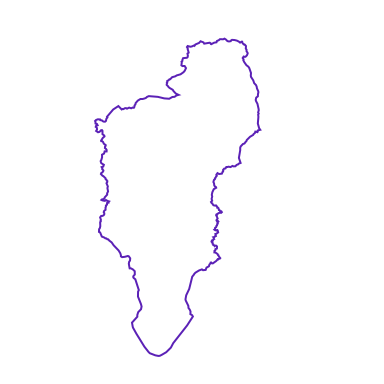 outline of Puerto Inca, Huánuco, Peru, rotated 154°
{"feature_id": "86281439B96842651539960", "entity_name": "Puerto Inca", "entity_type": "district", "adm_level": 2, "iso_a3": "PER", "parent_name": "Peru", "parent_adm1": "Huánuco", "projection": "albers", "projection_center": [-75.158, -9.27], "detail": "fine", "context": "isolated", "style": "outline", "palette": "violet", "viewbox_px": 384, "rotation_deg": 154, "n_neighbors": 0, "source": "geoboundaries", "source_scale": "gbopen_adm2", "svg_char_len": 6072}
<svg xmlns="http://www.w3.org/2000/svg" viewBox="0 0 384 384"><g transform="rotate(154 192 192)"><path d="M226.3,117.0L225.9,117.4L224.2,118.0L220.0,118.4L217.0,118.1L216.4,116.9L213.9,116.0L212.1,117.7L209.4,117.8L208.1,119.2L206.7,119.7L206.2,120.4L205.7,120.3L205.3,119.1L204.6,118.7L200.4,119.4L199.0,120.0L198.3,119.9L198.1,120.4L196.3,119.9L195.6,120.2L196.1,122.4L196.0,123.6L196.3,123.9L196.2,125.0L197.4,127.2L198.2,127.8L197.9,128.0L197.8,129.1L196.5,129.5L196.0,130.4L194.4,130.3L193.4,132.1L193.8,133.2L194.8,133.7L195.3,133.5L195.4,134.2L196.1,134.9L195.8,135.5L196.2,136.4L195.8,137.1L196.0,137.6L195.6,138.1L196.2,138.6L196.1,139.1L195.0,139.8L194.2,139.5L193.4,140.0L192.9,140.0L193.0,140.5L192.4,141.1L192.6,142.0L191.4,141.7L190.7,142.2L189.8,142.0L189.4,144.0L188.5,143.8L186.3,144.2L186.3,145.1L186.0,145.1L185.8,145.9L185.9,146.7L187.8,147.3L188.4,148.4L187.6,148.6L186.9,149.7L185.8,149.8L185.2,150.3L185.0,150.8L184.1,151.1L183.4,152.2L182.8,152.2L182.4,152.7L182.4,153.8L181.3,153.9L181.4,154.5L182.2,154.9L182.5,155.6L182.2,156.1L180.6,156.9L180.4,159.3L180.0,160.0L180.5,160.4L180.3,160.8L179.7,161.2L179.1,160.9L177.6,161.4L176.0,161.2L175.0,160.5L174.0,160.8L174.1,161.8L175.1,162.5L175.2,163.7L175.7,164.0L175.3,165.9L175.7,166.9L176.1,166.9L175.9,168.2L176.3,168.7L176.3,169.4L177.8,170.0L178.5,170.7L178.8,171.8L178.7,172.8L179.2,173.5L179.3,174.7L177.7,175.3L177.4,177.2L175.8,179.1L175.5,180.7L173.8,182.9L171.2,185.0L168.4,185.2L168.3,185.9L169.0,187.1L169.1,188.2L168.4,190.1L168.4,191.6L167.0,193.2L165.9,193.4L165.4,194.3L164.7,194.4L163.3,195.6L162.6,195.7L162.5,196.9L160.8,197.8L159.8,196.3L157.1,195.4L155.9,196.5L155.2,196.7L155.2,197.1L154.5,197.5L154.3,198.3L152.8,198.9L151.6,198.5L150.2,199.4L149.2,198.9L148.2,198.8L146.4,197.5L144.2,197.7L143.4,196.8L141.7,196.1L140.0,196.8L138.5,196.6L137.7,197.0L135.6,196.8L134.9,202.1L130.3,208.5L129.3,210.6L128.3,211.6L125.2,212.8L123.6,212.6L123.0,212.9L122.2,213.4L120.9,213.8L120.0,214.7L115.6,216.2L112.0,216.5L111.2,217.1L109.7,217.4L108.6,218.5L107.0,217.1L106.5,217.4L106.5,218.1L105.7,218.5L103.4,218.0L103.7,219.9L102.8,224.7L99.4,230.4L98.6,232.6L97.7,233.2L97.7,234.5L96.2,236.2L95.7,237.6L94.5,242.6L94.6,245.5L94.4,246.8L92.9,248.7L90.9,249.1L89.7,251.2L88.7,252.4L88.3,253.5L88.2,256.7L87.7,258.3L87.6,260.0L88.4,262.6L88.0,265.5L88.5,269.6L88.1,270.9L86.8,273.1L86.2,278.3L86.4,279.9L87.5,282.1L88.1,285.8L88.1,288.0L87.5,288.6L87.7,290.2L86.2,291.1L85.2,290.2L84.2,290.2L82.7,290.8L81.2,292.1L81.0,292.9L81.3,294.6L80.6,296.0L80.8,297.3L79.5,299.5L79.9,301.2L80.5,301.5L80.5,302.1L81.0,302.5L81.3,303.9L81.0,305.1L81.5,305.4L83.3,305.2L84.0,306.7L85.3,308.4L87.1,309.9L89.3,311.2L90.1,311.2L91.1,310.6L92.8,311.1L94.0,312.1L94.7,314.2L95.6,315.6L97.0,315.6L99.9,317.1L101.3,316.7L103.4,316.8L104.4,315.8L106.6,316.5L109.9,316.4L110.2,316.8L110.1,317.5L110.6,318.4L116.0,320.0L116.1,321.4L118.2,323.7L120.3,322.9L124.2,323.1L125.5,322.4L125.6,322.8L128.4,322.9L129.8,323.3L131.9,325.1L133.0,324.5L132.8,323.1L133.2,322.5L133.9,318.7L135.4,318.4L136.0,316.2L136.9,315.1L137.8,314.9L141.3,316.2L142.6,315.1L143.2,314.0L144.3,313.7L144.4,312.9L146.0,310.5L145.4,309.4L143.4,308.5L143.1,306.0L145.3,304.2L147.1,303.4L150.7,302.8L154.6,303.5L156.3,303.3L159.5,303.9L162.2,302.9L162.9,303.2L164.0,302.7L165.5,302.7L165.8,302.0L166.5,301.6L166.4,301.0L167.5,300.0L167.8,299.3L167.2,297.7L167.1,296.7L166.5,295.3L164.5,292.3L164.4,290.9L163.4,287.6L161.5,285.2L163.6,285.6L165.9,285.2L168.0,286.0L171.6,285.8L175.9,288.3L181.0,292.5L188.8,297.1L190.8,297.2L191.9,296.8L193.3,296.8L195.5,297.2L197.6,298.2L200.7,297.9L203.7,296.6L204.5,295.5L205.7,295.0L206.4,293.8L207.4,293.2L208.3,293.9L210.0,293.9L211.5,295.4L213.9,295.4L214.5,296.3L215.5,296.7L217.4,296.6L218.1,297.1L219.0,297.0L220.5,301.5L226.7,300.7L235.4,296.9L235.4,296.0L236.7,295.5L238.2,293.6L239.3,293.3L240.3,293.8L241.2,294.8L241.6,295.9L242.9,296.8L242.8,297.5L244.7,298.6L246.6,298.8L248.0,298.3L247.9,297.6L248.7,295.9L247.8,295.0L248.1,294.4L247.6,294.3L247.6,293.4L248.8,293.7L249.5,293.3L249.4,293.0L249.9,292.6L249.4,291.8L249.5,291.0L250.0,289.8L251.4,288.9L250.3,286.9L248.8,286.6L246.5,287.4L245.8,287.0L246.0,286.4L245.7,286.1L247.1,283.2L246.1,281.2L246.3,280.3L248.5,279.7L251.2,278.0L251.3,277.5L250.4,276.9L250.0,275.9L250.1,274.1L249.0,272.0L249.3,271.4L250.2,271.0L251.0,269.7L250.4,268.4L250.3,267.1L251.0,265.9L252.7,266.8L254.2,265.1L256.5,265.0L257.6,262.6L259.4,260.6L260.5,259.9L260.7,259.4L260.9,257.7L259.3,255.1L260.6,253.8L262.3,254.0L262.2,252.6L262.7,251.9L262.2,250.4L262.3,249.9L263.9,248.9L265.1,248.9L266.0,248.1L265.3,245.8L264.7,245.1L263.7,242.3L264.0,241.5L263.5,240.5L263.7,239.7L263.3,238.9L263.9,238.0L265.0,237.4L265.2,233.9L266.3,232.6L267.2,229.3L268.9,228.0L269.4,226.8L272.9,225.4L273.4,224.7L274.4,224.4L276.4,224.8L276.9,224.6L276.3,223.8L274.5,222.4L273.6,222.2L272.9,222.5L272.4,222.0L272.2,221.3L270.8,220.0L271.2,219.9L271.6,219.0L273.2,219.3L273.9,217.9L275.3,217.6L275.8,216.5L276.5,216.0L277.5,213.9L279.1,213.6L280.2,212.6L280.1,211.4L280.8,210.2L281.8,209.8L283.0,209.8L284.1,210.3L285.7,209.5L286.1,206.8L287.0,206.0L286.9,205.6L287.9,204.9L289.4,201.5L290.6,200.0L291.8,199.3L293.1,196.9L292.3,195.9L292.6,191.5L290.7,189.4L290.2,188.3L289.3,187.8L288.8,186.6L288.0,186.1L287.7,184.7L286.3,181.9L285.8,178.5L283.6,171.6L283.3,168.3L283.7,166.1L284.1,165.3L283.4,164.1L280.8,163.2L277.7,162.6L277.0,161.9L276.6,159.5L277.8,157.5L279.0,156.9L280.2,155.3L281.4,151.2L281.5,150.7L280.5,150.3L279.1,148.4L278.2,145.9L279.6,142.9L281.5,142.1L282.1,141.4L282.1,140.3L281.2,138.4L282.8,127.2L284.2,126.0L286.4,121.7L287.0,113.7L287.5,111.2L289.2,109.0L293.0,107.6L295.1,105.4L295.8,103.9L303.2,100.9L304.3,97.0L304.5,96.0L304.1,88.9L302.6,73.9L301.2,67.3L300.6,65.6L296.6,61.3L294.1,59.4L292.8,58.9L290.8,58.9L285.4,59.3L279.2,61.4L275.1,64.4L254.9,74.2L245.8,79.7L245.9,81.3L247.0,82.9L245.7,85.3L245.6,87.3L246.0,89.3L245.2,91.3L245.2,97.3L244.9,98.4L242.5,101.7L237.0,106.1L228.9,115.8L226.3,117.0Z" fill="none" stroke="#5b21b6" stroke-width="2"/></g></svg>